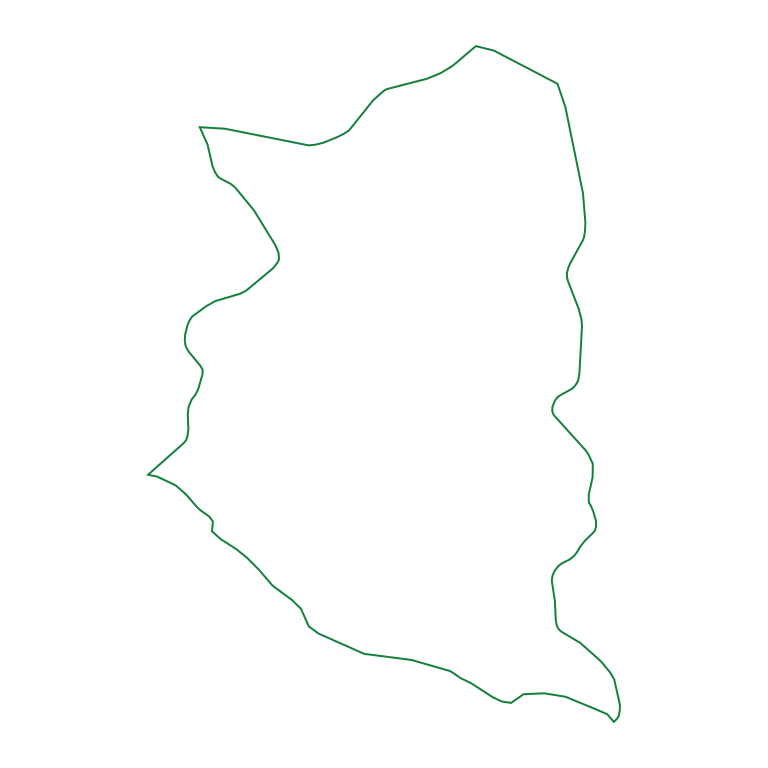 SVG path tracing the border of San José
{"feature_id": "URY-5", "entity_name": "San José", "entity_type": "Department", "adm_level": 1, "iso_a3": "URY", "parent_name": "Uruguay", "parent_adm1": "", "projection": "natural_earth1", "projection_center": [-56.713, -34.322], "detail": "fine", "context": "isolated", "style": "outline", "palette": "green", "viewbox_px": 768, "rotation_deg": 0, "n_neighbors": 0, "source": "natural_earth", "source_scale": "10m", "svg_char_len": 1954}
<svg xmlns="http://www.w3.org/2000/svg" viewBox="0 0 768 768"><path d="M613.9,721.9L607.2,714.2L595.9,709.3L565.3,696.7L544.1,693.3L523.6,694.2L511.1,702.9L501.8,701.5L492.7,697.2L471.1,683.2L460.9,678.3L450.5,671.2L411.6,660.0L364.2,653.9L318.6,633.6L308.8,626.4L301.0,608.8L292.0,600.0L272.7,585.8L259.0,569.8L246.9,557.6L236.2,549.1L220.6,539.1L212.0,531.2L212.9,521.4L209.1,516.4L200.6,510.4L197.1,507.2L186.1,494.5L175.6,485.3L157.1,476.6L148.1,474.7L183.7,443.1L186.0,440.4L187.6,435.6L188.4,428.8L187.8,415.0L188.5,407.1L191.7,399.4L195.2,395.1L198.1,389.5L202.4,374.7L202.6,369.7L200.3,365.7L188.8,351.8L187.0,348.8L185.5,345.5L184.8,340.7L185.1,334.8L187.4,325.4L189.7,320.1L192.3,316.4L206.2,306.2L215.4,301.0L240.2,293.7L244.6,291.5L247.2,289.8L273.0,268.3L277.0,263.3L278.1,261.5L278.9,259.5L278.9,257.3L278.5,252.6L275.3,245.0L253.8,210.1L234.8,187.1L230.7,183.9L220.8,178.7L217.9,176.7L215.1,172.3L212.5,166.1L207.6,144.7L199.8,127.2L224.7,128.7L308.7,145.4L315.4,144.7L323.4,142.7L337.7,136.9L344.5,133.4L349.3,130.1L373.4,100.0L383.1,91.4L384.8,90.2L387.2,89.0L427.1,78.7L440.4,73.2L452.4,66.0L475.9,46.1L493.9,50.6L557.5,83.8L565.4,107.2L583.0,193.4L585.4,223.0L585.0,230.8L584.1,236.9L582.7,240.6L570.1,263.5L568.4,267.6L566.9,273.0L567.0,277.3L568.0,281.1L578.6,308.6L581.4,319.3L582.0,326.3L579.4,373.6L578.2,380.4L576.5,383.7L574.4,386.5L571.9,388.8L560.7,395.0L557.5,397.2L554.8,400.9L552.4,407.0L552.3,411.5L553.7,415.0L585.6,450.3L588.5,454.6L592.8,463.8L592.6,477.3L588.8,494.5L588.7,499.7L589.1,502.8L591.1,506.3L593.2,511.2L596.0,521.0L596.0,526.7L594.7,531.2L584.9,540.8L580.5,546.3L576.7,552.6L574.5,555.4L572.0,557.7L569.2,559.7L562.3,563.1L558.5,565.8L554.3,571.3L552.4,576.1L551.8,581.0L554.9,600.9L555.8,620.6L556.9,625.8L558.9,629.5L561.6,631.8L580.4,643.0L601.2,661.6L610.0,672.3L614.2,679.4L619.9,704.8L619.8,710.0L618.8,716.0L617.1,718.6L613.9,721.9L613.9,721.9Z" fill="none" stroke="#15803d" stroke-width="2"/></svg>